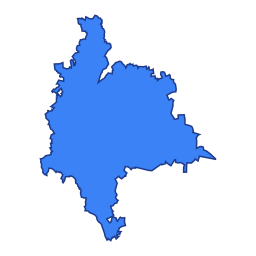 the district of San Luis De Sincé, Sucre, Colombia
{"feature_id": "7082276B69814222913428", "entity_name": "San Luis De Sincé", "entity_type": "district", "adm_level": 2, "iso_a3": "COL", "parent_name": "Colombia", "parent_adm1": "Sucre", "projection": "robinson", "projection_center": [-75.111, 9.253], "detail": "fine", "context": "isolated", "style": "filled", "palette": "blue", "viewbox_px": 256, "rotation_deg": 0, "n_neighbors": 0, "source": "geoboundaries", "source_scale": "gbopen_adm2", "svg_char_len": 5680}
<svg xmlns="http://www.w3.org/2000/svg" viewBox="0 0 256 256"><path d="M169.6,74.6L167.9,75.6L165.6,76.2L165.4,74.6L164.4,72.2L162.8,71.8L161.1,72.0L160.7,73.3L160.8,74.8L162.4,77.6L161.5,78.5L160.6,78.3L159.6,78.7L157.6,80.4L157.8,78.5L156.4,78.4L156.4,78.7L155.3,78.7L155.1,76.0L151.1,76.4L151.2,73.7L153.7,73.6L153.1,69.2L152.5,69.9L151.8,69.7L150.3,70.2L149.2,69.7L149.0,68.6L149.2,67.4L148.8,66.9L147.9,68.3L146.8,69.1L146.3,66.2L143.0,66.8L139.0,66.5L138.0,68.2L137.4,66.1L136.6,65.3L135.5,65.3L133.4,66.2L132.9,65.0L133.0,64.3L130.9,64.5L130.1,63.6L129.6,64.4L129.5,64.1L127.3,64.7L125.8,68.0L124.8,65.8L122.6,63.7L121.6,62.2L120.7,61.5L119.4,61.3L117.2,62.3L116.0,62.4L111.7,66.9L113.3,70.1L112.4,70.7L112.3,73.7L108.2,73.0L107.2,74.3L106.5,74.8L104.5,78.1L102.3,79.4L98.2,82.6L101.0,73.6L102.1,72.3L102.4,70.7L103.4,69.3L105.3,68.7L106.3,67.9L106.9,66.4L108.6,64.1L106.5,57.5L106.2,57.6L105.1,56.3L104.5,56.2L107.6,51.0L110.3,48.7L111.1,47.5L110.6,44.4L109.9,43.7L109.4,43.3L107.8,43.5L107.5,43.8L107.0,43.6L106.8,43.2L106.9,42.8L106.2,41.5L105.5,41.9L104.6,41.9L104.6,39.8L105.1,39.7L103.7,38.3L104.5,36.1L104.2,35.5L104.6,31.5L103.6,28.9L102.3,28.2L102.3,27.8L101.9,27.5L101.7,26.7L102.1,26.6L102.1,26.3L101.6,26.3L101.4,25.4L101.8,25.1L101.4,25.2L101.2,24.3L100.7,24.2L100.8,23.9L101.3,24.1L101.9,23.5L101.9,23.0L101.6,23.0L101.7,21.8L102.0,21.8L102.0,20.0L101.2,19.5L100.3,18.1L99.0,18.2L97.4,16.2L95.4,15.4L95.0,15.4L92.7,18.8L89.6,18.8L85.9,16.8L85.1,20.3L82.0,18.1L81.8,19.0L79.9,18.4L77.5,18.6L78.0,19.7L78.4,23.3L79.4,24.4L80.5,24.2L81.0,24.7L80.9,26.2L81.9,29.0L82.0,31.0L85.6,31.4L86.1,32.7L87.1,33.0L87.1,33.8L85.6,37.9L85.5,39.1L83.2,39.1L81.7,39.8L80.4,39.8L79.2,42.9L79.8,45.2L77.4,45.7L76.5,48.1L76.7,50.2L78.6,51.5L78.8,52.1L75.2,53.2L72.3,56.6L75.3,60.7L75.6,62.9L75.3,62.9L75.1,65.1L73.6,65.5L73.7,62.7L73.4,62.7L73.1,60.2L71.6,59.7L70.4,60.8L71.3,65.6L71.2,67.9L69.7,67.0L69.1,68.4L66.6,68.9L63.0,67.5L62.9,62.6L59.8,63.8L54.3,64.0L55.0,69.7L56.5,70.5L56.7,71.4L57.4,71.5L58.1,73.0L59.6,73.2L60.9,74.0L61.0,74.2L59.9,75.3L59.7,76.6L60.5,77.1L61.9,76.8L63.6,77.7L63.6,81.2L58.7,80.2L56.7,83.9L57.5,83.7L58.2,84.1L59.4,85.5L59.1,86.2L58.0,87.3L56.7,87.5L55.2,89.3L53.5,89.2L51.8,91.4L52.6,92.3L53.1,91.8L54.2,91.7L56.5,93.5L59.0,90.2L59.4,90.6L60.3,89.0L61.2,88.4L62.7,92.1L61.1,93.5L62.1,94.6L60.7,96.7L57.6,93.4L57.1,94.1L56.6,95.7L57.5,95.7L56.7,98.3L56.5,98.2L56.4,102.1L50.9,106.6L54.2,107.8L52.9,109.3L51.9,109.3L52.2,110.6L48.6,111.5L48.5,110.7L47.9,110.7L48.2,111.4L47.9,111.7L48.0,112.1L45.2,114.2L46.0,116.2L45.9,118.0L48.7,120.7L49.2,121.6L49.3,122.1L48.2,124.5L49.5,124.8L49.9,127.1L50.3,127.6L50.6,129.0L52.2,129.8L54.4,133.5L53.2,133.7L52.2,134.7L51.3,134.9L50.2,138.6L51.7,139.3L51.9,140.0L51.6,142.1L52.0,143.2L50.6,143.3L51.4,147.6L50.0,147.8L51.0,149.9L52.5,151.5L50.8,152.3L51.2,154.2L49.0,155.2L45.9,155.6L43.1,158.2L40.4,158.9L40.9,160.1L40.8,162.2L41.6,164.5L41.4,167.1L43.0,170.1L42.7,172.2L43.8,173.8L46.9,175.5L47.0,174.6L46.8,174.9L46.4,174.7L46.5,174.3L45.7,174.4L48.2,171.6L49.0,168.2L49.5,168.1L52.3,168.8L53.7,169.8L56.0,172.4L56.7,171.3L57.9,172.0L59.7,172.1L59.9,172.5L60.7,172.1L62.8,174.8L61.0,178.6L62.7,179.7L62.5,182.0L63.1,182.8L64.5,180.7L65.5,176.8L68.1,176.5L69.5,176.8L70.1,175.8L72.7,176.6L74.8,178.5L75.9,180.4L75.4,181.3L75.9,182.5L75.8,183.2L77.4,184.2L78.0,186.4L78.7,186.8L78.7,187.9L79.3,188.2L79.4,187.8L79.7,187.9L79.4,188.3L79.6,189.3L80.7,189.5L81.1,190.1L80.5,193.2L81.4,197.1L84.2,198.0L86.0,197.8L85.9,200.5L85.4,202.1L85.8,204.0L85.7,205.6L84.4,206.6L85.6,209.0L85.0,210.7L87.9,210.9L89.9,212.8L92.3,213.6L95.4,215.3L96.7,217.2L97.0,219.3L97.9,220.9L98.6,221.9L100.7,223.4L101.5,224.6L102.5,227.7L103.4,229.4L103.2,229.6L104.5,233.3L105.1,236.1L106.9,239.8L107.5,239.2L107.4,239.8L107.8,239.9L109.0,239.1L110.8,240.6L112.0,237.6L112.6,237.3L112.6,237.9L114.4,236.9L114.6,236.4L115.4,237.1L116.2,239.0L118.9,236.3L117.4,236.3L117.3,235.3L116.5,235.2L116.7,234.5L117.7,234.5L119.2,233.8L119.5,234.1L120.1,233.7L120.1,232.5L120.9,231.7L119.4,231.6L117.5,231.9L119.1,229.2L119.2,227.9L122.3,226.3L125.5,225.5L124.5,222.1L124.6,217.7L122.2,218.1L120.3,217.2L117.3,221.1L116.3,219.2L116.2,218.1L113.0,216.7L112.4,216.7L110.9,222.0L109.7,222.9L106.7,219.0L112.4,216.3L113.8,215.0L112.4,213.2L112.6,212.2L112.3,211.7L113.1,211.4L111.5,209.1L110.7,206.0L112.5,205.9L113.3,205.4L114.5,203.6L116.9,202.9L117.6,200.9L118.1,200.3L116.6,199.5L115.7,197.5L115.7,196.4L116.8,195.6L116.8,194.1L115.5,192.7L115.2,190.6L117.1,183.4L116.9,182.4L115.1,179.2L118.8,176.2L119.5,177.3L121.6,178.8L124.8,176.0L125.0,176.4L125.7,176.2L126.3,173.1L126.8,172.9L124.0,170.5L125.4,166.5L128.2,166.9L129.9,168.1L131.1,169.6L132.5,168.0L135.6,168.1L135.5,167.2L135.8,167.2L148.8,170.4L151.9,170.7L161.0,164.2L161.5,164.8L165.5,163.7L165.6,161.7L168.2,164.0L170.9,165.7L174.6,159.9L175.5,159.6L175.6,162.1L175.9,162.5L178.4,162.9L181.0,162.6L184.5,164.8L183.6,167.5L183.6,172.2L186.5,172.1L186.6,165.7L187.1,162.7L190.6,163.1L191.6,162.9L195.0,159.7L195.1,159.0L198.0,161.0L199.4,156.2L215.5,159.3L215.6,158.9L210.7,154.3L206.5,151.0L203.7,150.0L203.2,147.1L201.6,146.5L199.9,146.6L196.5,148.4L196.7,140.7L196.3,137.8L198.0,135.2L199.5,134.5L192.9,132.4L193.1,131.5L193.4,131.2L192.6,128.2L191.7,126.5L189.2,125.4L185.8,124.7L185.2,124.2L184.9,123.7L185.0,119.7L184.2,114.8L178.1,115.0L178.3,118.5L174.3,119.4L174.0,118.1L171.3,114.1L171.1,112.9L173.0,105.7L172.9,102.4L173.8,100.5L171.5,98.6L170.5,98.8L169.8,99.8L168.6,99.9L167.9,97.3L166.8,95.2L171.6,92.6L173.3,92.0L175.8,91.8L176.2,89.1L175.4,84.2L173.4,81.9L173.6,79.6L171.7,79.4L170.3,78.3L170.1,75.5L169.6,74.6Z" fill="#3b82f6" stroke="#1e3a8a" stroke-width="1.5"/></svg>